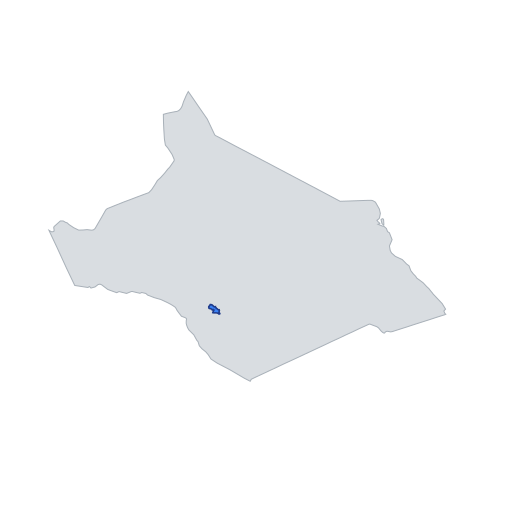 Keiyo North, Rift Valley, Kenya shown in context, rotated 298°
{"feature_id": "3690345B12433983427802", "entity_name": "Keiyo North", "entity_type": "district", "adm_level": 2, "iso_a3": "KEN", "parent_name": "Kenya", "parent_adm1": "Rift Valley", "projection": "equal_earth", "projection_center": [35.542, 0.697], "detail": "fine", "context": "in_parent", "style": "filled", "palette": "blue", "viewbox_px": 512, "rotation_deg": 298, "n_neighbors": 0, "source": "geoboundaries", "source_scale": "gbopen_adm2", "svg_char_len": 4820}
<svg xmlns="http://www.w3.org/2000/svg" viewBox="0 0 512 512"><g transform="rotate(298 256 256)"><path d="M142.7,309.7L142.6,303.1L143.3,286.5L143.2,271.9L143.9,264.6L146.5,260.0L147.8,256.6L148.7,251.9L150.1,248.1L153.2,245.0L153.8,243.3L157.2,238.1L159.2,231.4L160.7,229.1L162.6,227.0L163.9,225.9L166.1,224.8L167.9,224.2L168.2,223.6L168.3,222.5L167.8,218.4L168.5,217.0L169.7,214.3L171.0,211.7L172.2,210.0L172.9,208.4L173.2,205.4L173.3,203.4L173.3,200.0L172.9,192.3L171.5,185.9L170.6,178.7L171.2,176.3L170.1,172.1L169.6,171.9L168.6,171.0L167.5,167.0L166.6,163.4L166.0,162.5L162.2,159.3L160.3,151.8L158.2,150.2L157.1,142.7L156.9,140.6L158.1,133.2L157.9,131.5L156.7,130.0L153.1,128.4L150.2,125.3L150.6,124.3L150.8,123.2L149.3,122.4L144.9,109.8L150.6,102.1L156.3,94.4L163.7,84.7L170.5,75.8L176.3,68.0L181.5,61.1L181.4,62.4L181.4,64.2L182.1,65.3L183.2,66.0L184.7,65.2L186.0,64.1L187.2,63.9L195.1,66.8L196.4,69.3L196.3,72.0L196.6,73.9L196.0,75.9L195.4,81.8L195.6,87.3L197.9,91.3L200.0,94.5L201.7,98.9L202.9,100.3L204.6,101.0L210.0,101.2L218.0,101.5L225.7,101.7L226.4,101.8L228.0,102.4L235.1,108.4L241.6,113.9L247.0,118.7L252.4,123.4L257.5,127.9L261.6,131.6L265.5,132.7L271.9,133.3L276.4,133.5L280.5,135.0L286.6,136.5L291.2,137.3L293.9,138.1L301.6,139.0L302.8,138.5L306.2,134.3L309.9,127.6L311.4,123.9L316.3,120.2L324.8,115.0L330.9,111.4L337.6,107.7L340.6,110.9L344.8,116.0L346.7,118.5L348.3,119.6L350.5,120.3L353.3,120.4L354.8,120.2L358.0,119.6L365.2,119.0L369.4,119.0L365.9,125.8L361.7,133.8L354.0,148.7L348.2,156.5L343.7,162.5L343.3,163.5L343.4,170.1L343.4,186.2L343.6,218.5L343.7,250.8L343.8,283.1L343.8,299.2L343.8,304.6L347.7,311.4L351.5,318.0L356.6,326.8L359.2,331.5L359.7,333.1L359.6,336.2L355.4,342.8L352.0,345.8L347.4,347.2L346.1,346.9L344.3,346.0L343.6,347.5L343.0,350.0L342.0,349.5L341.3,348.8L341.7,353.1L342.2,355.3L341.5,358.2L339.3,360.7L339.1,362.9L334.3,368.5L327.5,369.1L323.9,371.9L322.3,374.2L321.1,379.2L321.5,386.9L319.6,392.8L319.2,395.7L315.7,399.6L314.1,403.1L313.0,406.6L312.0,408.2L310.8,416.2L309.1,421.1L308.7,422.7L308.3,424.1L307.0,427.0L306.2,429.0L305.6,430.2L301.4,442.7L298.1,448.3L295.6,447.7L293.9,449.8L293.7,450.9L292.8,450.3L290.7,448.2L286.4,444.0L282.0,439.8L277.7,435.6L273.3,431.3L269.0,427.1L264.6,422.9L260.3,418.7L255.9,414.4L253.3,411.9L252.2,410.5L251.3,407.6L250.9,406.8L249.7,405.9L248.4,405.7L248.0,405.2L248.0,403.7L248.5,401.7L250.1,397.8L250.3,395.6L249.9,393.0L249.4,388.8L249.0,387.9L246.1,385.7L240.1,381.1L234.0,376.6L228.0,372.0L221.9,367.5L215.9,362.9L209.8,358.4L203.7,353.8L197.7,349.3L191.6,344.7L185.6,340.2L179.5,335.6L173.5,331.0L167.4,326.5L161.3,321.9L155.3,317.4L149.2,312.8L146.9,311.1L144.9,309.7L142.7,309.7ZM344.2,353.9L343.2,354.3L343.7,352.1L346.8,349.3L348.1,349.9L348.4,350.5L348.3,351.1L347.8,351.7L344.2,353.9Z" fill="#d9dde1" stroke="#a8b0b8" stroke-width="1"/><path d="M191.6,238.3L191.4,238.4L191.3,238.5L191.2,238.5L190.9,238.5L190.7,238.5L190.6,238.4L190.4,238.4L190.2,238.3L189.9,238.2L189.7,238.1L189.4,238.0L189.2,238.0L188.9,238.1L188.9,238.3L188.7,238.3L188.4,238.5L188.2,238.6L188.0,238.8L187.9,238.8L187.8,239.0L187.7,239.3L187.7,239.5L187.8,239.7L188.0,239.8L188.1,240.0L188.1,240.3L188.1,240.5L188.1,240.9L188.1,241.0L188.2,241.3L188.2,241.5L188.3,241.6L188.3,241.8L188.3,242.0L188.2,242.0L188.1,242.3L188.0,242.5L188.0,242.4L187.9,242.5L188.0,242.6L188.0,242.8L188.0,243.0L187.9,243.3L188.0,243.4L188.0,243.5L188.0,243.8L188.2,244.0L188.3,244.0L188.2,244.1L188.3,244.3L188.2,244.3L187.8,244.3L187.7,244.3L187.3,244.3L187.1,244.3L186.8,244.3L186.5,244.3L186.4,244.3L186.2,244.3L185.9,244.3L185.6,244.4L185.6,244.5L185.7,244.8L185.9,245.3L186.1,245.6L186.2,245.8L186.3,246.1L186.4,246.3L186.6,246.5L186.8,246.9L186.9,247.2L187.0,247.4L187.1,247.6L187.2,247.8L187.3,248.1L187.5,248.4L187.5,248.5L187.5,249.0L187.5,249.6L187.4,250.0L187.3,250.5L187.5,250.8L187.6,251.0L187.8,251.2L188.0,251.2L188.3,251.1L188.4,250.9L188.3,250.7L188.5,250.4L188.6,250.1L188.8,250.0L188.8,249.9L188.8,249.7L189.0,249.6L189.3,249.6L189.5,249.7L189.8,249.5L190.0,249.4L190.4,249.3L190.5,249.3L190.5,249.2L190.8,249.0L191.0,248.9L191.3,248.7L191.2,248.5L191.1,248.4L190.9,248.2L190.9,247.9L190.9,247.7L190.9,247.3L191.0,247.2L191.1,246.9L191.2,246.7L191.2,246.3L191.2,246.2L191.1,245.9L191.1,245.7L191.3,245.4L191.5,245.3L191.6,245.1L191.7,244.9L191.8,244.9L191.7,244.9L191.8,244.8L191.8,244.6L191.9,244.4L191.9,244.2L191.9,243.9L191.8,243.7L191.7,243.5L191.8,243.5L191.7,243.4L191.6,243.2L191.6,242.9L191.7,242.7L191.7,242.4L191.7,242.2L191.8,242.0L191.8,241.8L191.9,241.7L191.9,241.3L191.9,241.2L192.0,241.1L192.0,240.9L191.9,240.8L192.0,240.7L191.9,240.6L191.9,240.4L192.0,240.2L192.2,239.9L192.1,239.7L192.1,239.4L192.1,239.2L192.0,238.9L191.9,238.7L191.7,238.6L191.7,238.4L191.6,238.3Z" fill="#3b82f6" stroke="#1e3a8a" stroke-width="1.5"/></g></svg>